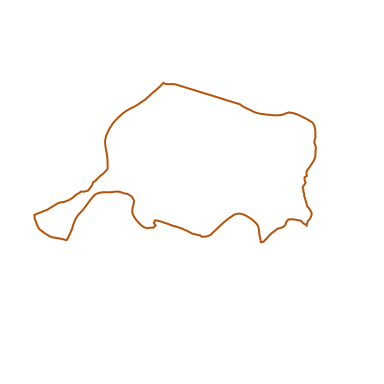 Al Jamimah, Hajjah, Yemen, rotated 315°
{"feature_id": "15242507B46371651071090", "entity_name": "Al Jamimah", "entity_type": "district", "adm_level": 2, "iso_a3": "YEM", "parent_name": "Yemen", "parent_adm1": "Hajjah", "projection": "mercator", "projection_center": [43.537, 16.031], "detail": "fine", "context": "isolated", "style": "outline", "palette": "amber", "viewbox_px": 384, "rotation_deg": 315, "n_neighbors": 0, "source": "geoboundaries", "source_scale": "gbopen_adm2", "svg_char_len": 3272}
<svg xmlns="http://www.w3.org/2000/svg" viewBox="0 0 384 384"><g transform="rotate(315 192 192)"><path d="M248.9,94.6L243.5,94.8L243.4,94.8L233.4,94.0L226.2,93.7L225.3,93.7L218.2,92.4L214.1,91.6L204.6,88.6L202.3,88.1L198.2,87.5L192.3,87.2L189.9,87.2L185.7,87.3L177.5,89.1L171.0,91.5L170.2,92.0L167.3,94.0L166.4,94.6L163.1,98.5L160.6,101.9L160.1,102.7L159.5,103.8L155.0,109.5L148.7,116.0L142.3,116.3L138.9,115.7L135.2,115.7L131.9,115.8L128.9,115.2L126.7,116.4L123.5,117.1L119.4,117.5L116.0,115.5L113.7,113.1L113.1,113.2L110.1,112.5L106.9,111.8L103.7,111.7L100.6,111.1L97.6,110.0L94.8,108.7L92.3,106.8L89.3,105.1L85.1,104.1L84.2,103.9L77.1,102.2L64.4,96.7L64.2,96.9L63.7,97.4L61.8,99.8L60.4,102.9L58.1,108.6L57.8,110.9L58.9,117.9L59.3,119.5L60.4,123.8L60.8,124.6L62.6,127.2L63.8,128.9L64.4,129.8L66.2,132.3L67.9,135.0L69.2,137.4L71.4,136.9L75.0,135.6L77.9,134.6L81.4,133.1L84.4,131.4L87.3,130.1L90.4,128.8L93.4,128.1L96.5,127.7L99.9,127.6L103.4,127.4L107.5,126.8L109.8,126.4L110.7,126.3L111.7,126.2L113.9,125.8L117.7,125.4L121.1,125.2L124.1,126.1L126.9,127.7L129.5,129.8L131.9,132.3L134.8,135.1L137.4,137.0L140.0,139.3L141.7,142.1L143.1,145.0L144.9,147.6L145.8,150.6L146.0,153.8L144.8,157.3L141.7,159.5L139.0,161.1L136.0,163.4L134.3,166.0L133.5,168.9L133.3,169.5L132.8,172.6L132.6,176.4L132.5,179.9L133.2,183.1L134.6,185.8L137.2,187.7L139.5,190.0L142.6,190.0L143.1,186.9L146.0,186.0L147.9,188.7L149.4,191.4L150.7,194.2L151.1,194.9L152.3,197.3L153.9,200.9L155.6,204.1L157.2,206.9L157.9,208.6L158.7,209.7L159.7,212.6L160.9,215.6L161.9,218.7L162.8,221.6L167.1,228.6L167.1,230.2L169.2,232.5L171.8,234.3L172.3,234.5L174.6,235.4L178.5,235.5L179.6,235.5L182.0,235.6L185.4,235.7L188.9,235.8L192.1,235.9L195.4,236.2L198.7,236.5L202.3,237.2L204.1,237.5L205.4,237.7L208.2,239.1L210.6,241.1L212.3,243.9L213.4,246.7L214.2,249.8L214.9,253.1L215.2,256.3L215.2,259.9L214.7,262.9L213.8,264.2L212.9,265.6L211.0,268.0L209.1,270.4L207.3,273.2L205.6,275.8L205.2,276.2L207.2,277.7L210.3,277.7L213.6,277.5L216.9,277.4L220.0,277.5L220.7,277.6L223.3,278.1L226.3,278.4L229.0,279.9L231.7,281.3L234.8,281.3L237.7,279.8L240.8,279.6L243.1,281.7L245.1,284.0L246.8,286.6L248.6,289.1L248.6,292.7L249.0,294.7L249.2,295.7L249.4,296.8L251.2,295.5L253.6,294.5L256.3,294.4L259.4,293.3L260.6,292.5L261.6,291.7L262.0,290.7L262.3,289.9L262.6,289.3L263.2,286.4L263.3,283.8L268.8,273.8L270.2,272.4L271.0,270.4L272.2,269.5L272.3,269.3L273.5,266.8L274.2,266.7L276.1,266.4L278.8,265.8L280.0,263.2L282.0,261.2L282.6,261.4L284.6,261.8L286.2,259.6L288.4,258.1L291.1,257.8L293.7,257.4L296.3,256.8L298.9,256.3L302.0,255.3L304.4,253.9L304.7,253.7L306.6,252.0L308.7,250.1L310.1,248.9L310.9,248.3L312.3,246.1L313.4,243.4L315.6,241.9L318.0,240.7L319.8,238.6L322.1,236.4L323.9,234.0L325.4,231.7L326.2,229.0L326.1,227.5L325.9,226.2L325.2,223.3L324.3,220.1L323.2,217.0L322.3,214.3L321.3,211.6L319.9,208.8L318.3,206.3L316.7,204.2L314.3,202.9L311.5,201.8L309.1,200.3L307.1,198.6L305.1,196.7L303.3,194.7L301.6,192.5L299.6,190.2L297.8,187.8L297.5,187.4L296.0,185.5L294.5,183.1L293.1,180.8L292.0,177.9L291.1,174.9L290.0,172.2L289.2,169.6L288.6,167.9L288.3,166.9L287.9,163.8L285.7,159.7L279.6,148.1L256.3,104.0L254.6,102.0L252.6,100.1L250.8,98.2L249.2,96.0L249.0,95.3L248.9,94.6Z" fill="none" stroke="#b45309" stroke-width="2"/></g></svg>